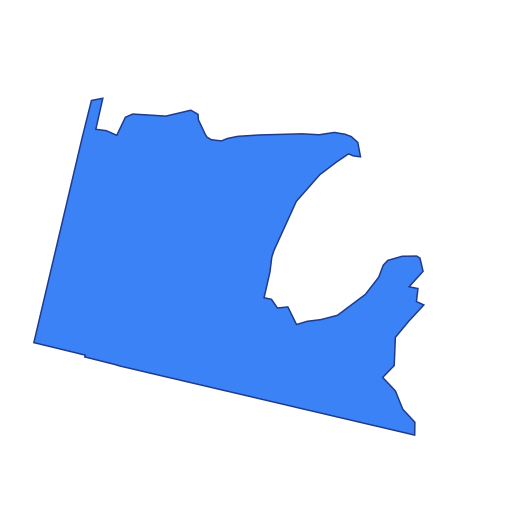 outline of Chambers, Texas, United States of America, rotated 194°
{"feature_id": "52423323B38827881811881", "entity_name": "Chambers", "entity_type": "district", "adm_level": 2, "iso_a3": "USA", "parent_name": "United States of America", "parent_adm1": "Texas", "projection": "natural_earth1", "projection_center": [-94.702, 29.707], "detail": "fine", "context": "isolated", "style": "filled", "palette": "blue", "viewbox_px": 512, "rotation_deg": 194, "n_neighbors": 0, "source": "geoboundaries", "source_scale": "gbopen_adm2", "svg_char_len": 975}
<svg xmlns="http://www.w3.org/2000/svg" viewBox="0 0 512 512"><g transform="rotate(194 256 256)"><path d="M90.2,281.6L96.4,293.6L100.1,294.8L114.1,291.1L127.1,283.6L130.3,277.8L131.8,265.1L140.6,245.2L162.6,218.2L177.6,210.0L190.6,205.0L200.1,199.3L212.8,214.3L222.6,210.7L230.5,217.7L238.1,217.5L238.6,243.9L240.4,258.8L239.9,265.8L230.1,318.8L213.8,350.3L200.8,366.5L190.9,377.5L185.6,376.7L178.6,377.5L184.7,390.8L192.4,394.9L199.3,395.7L210.0,394.8L224.1,388.9L240.9,385.7L282.2,374.2L302.6,367.7L312.2,363.1L317.4,359.3L327.5,358.0L332.3,359.5L334.7,361.8L344.9,374.3L346.5,379.4L354.5,381.7L377.4,369.9L410.0,363.9L416.3,359.0L420.3,339.4L431.6,341.4L442.1,340.2L442.8,372.0L453.3,367.1L453.3,329.3L450.6,118.2L397.7,118.5L397.7,116.6L367.0,116.6L361.2,116.3L58.7,120.6L61.6,133.1L76.5,142.8L88.1,158.8L103.7,168.8L95.4,183.2L101.1,210.8L91.8,230.1L81.3,249.1L89.3,250.6L91.0,263.6L100.0,263.2L90.2,281.6Z" fill="#3b82f6" stroke="#1e3a8a" stroke-width="1.5"/></g></svg>